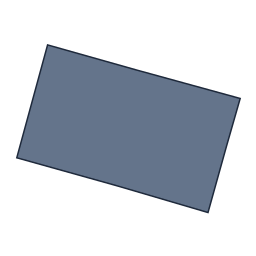 Gillespie, Texas, United States of America (Albers equal-area conic projection), rotated 196°
{"feature_id": "52423323B49995715327400", "entity_name": "Gillespie", "entity_type": "district", "adm_level": 2, "iso_a3": "USA", "parent_name": "United States of America", "parent_adm1": "Texas", "projection": "albers", "projection_center": [-98.986, 30.317], "detail": "fine", "context": "isolated", "style": "filled", "palette": "slate", "viewbox_px": 256, "rotation_deg": 196, "n_neighbors": 0, "source": "geoboundaries", "source_scale": "gbopen_adm2", "svg_char_len": 261}
<svg xmlns="http://www.w3.org/2000/svg" viewBox="0 0 256 256"><g transform="rotate(196 128 128)"><path d="M135.1,186.1L228.2,185.7L226.7,68.7L122.7,69.4L27.8,68.8L28.3,137.9L28.3,187.3L135.1,186.1Z" fill="#64748b" stroke="#1e293b" stroke-width="1.5"/></g></svg>